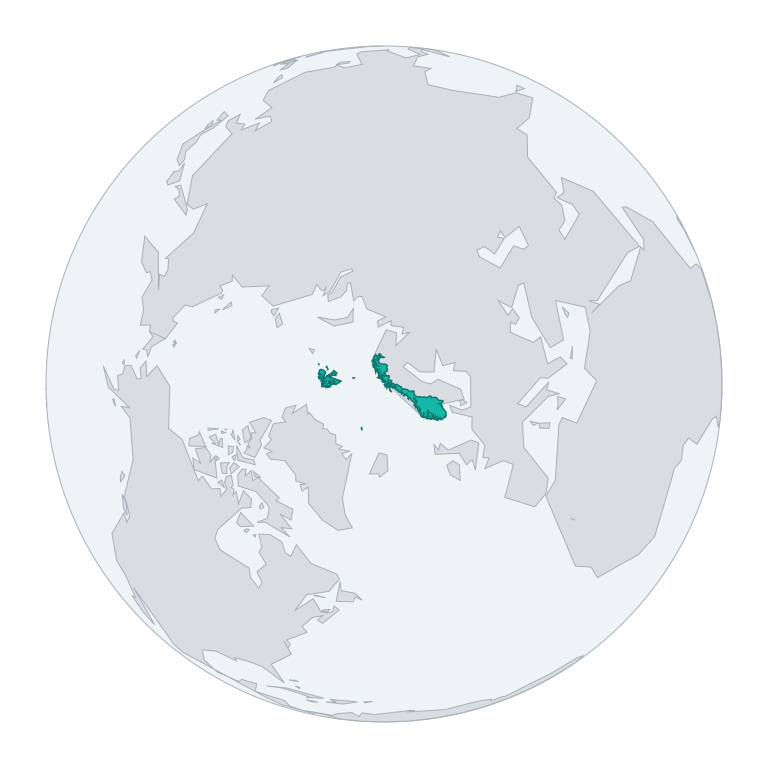 Norway highlighted on a globe, orthographic projection, rotated 273°
{"feature_id": "NOR", "entity_name": "Norway", "entity_type": "country or territory", "adm_level": 0, "iso_a3": "NOR", "parent_name": "Europe", "parent_adm1": "", "projection": "orthographic", "projection_center": [16.239, 69.249], "detail": "fine", "context": "on_globe", "style": "filled", "palette": "teal", "viewbox_px": 768, "rotation_deg": 273, "n_neighbors": 0, "source": "natural_earth", "source_scale": "50m", "svg_char_len": 17262}
<svg xmlns="http://www.w3.org/2000/svg" viewBox="0 0 768 768"><g transform="rotate(273 384 384)"><circle cx="384" cy="384" r="338" fill="#eef3f6" stroke="#a8b0b8"/><path d="M47.5,353.1L47.4,357.4L50.6,342.6L51.9,333.9L51.3,330.1L58.3,299.2L64.5,283.5L105.4,197.6L113.8,186.9L120.5,182.1L167.3,144.7L131.7,167.5L143.5,155.5L159.3,143.7L158.0,146.9L178.7,136.3L193.8,126.2L220.6,120.2L242.0,131.2L232.5,134.4L238.8,137.0L251.0,133.4L257.6,130.4L295.6,137.4L336.9,132.1L347.8,122.8L347.1,131.1L366.5,108.8L387.5,102.7L364.9,114.4L363.6,119.4L378.5,117.5L380.3,122.3L388.6,124.3L389.4,130.3L376.2,137.1L376.5,141.3L387.1,139.7L394.6,145.1L379.0,146.7L390.5,156.3L370.5,170.3L328.3,171.2L318.2,185.3L277.7,203.6L282.5,207.5L270.2,217.4L271.2,225.8L263.4,227.1L270.9,232.7L277.8,229.9L283.5,231.5L284.7,236.3L274.9,238.7L272.9,236.7L270.7,239.9L265.3,239.1L268.7,242.2L256.7,244.9L270.2,249.4L262.1,257.6L253.7,257.4L252.5,248.0L230.0,225.6L221.2,223.2L209.9,228.9L193.0,259.0L184.1,260.6L173.5,269.5L179.3,272.7L189.7,267.0L197.9,275.7L209.6,268.0L214.6,270.6L227.5,266.9L227.7,277.7L220.9,290.3L210.3,294.1L207.0,300.0L218.9,304.9L200.8,320.7L191.8,346.5L186.9,349.6L174.1,339.9L169.6,317.9L153.0,306.7L165.9,324.6L153.3,332.8L152.2,338.8L154.1,344.7L159.7,345.8L155.9,351.0L141.7,335.0L145.0,330.0L149.4,335.0L147.2,324.9L137.6,314.8L132.0,320.1L123.4,300.3L119.3,304.0L115.1,302.0L122.2,297.3L109.2,305.6L98.2,286.0L80.3,300.1L95.6,276.9L99.6,263.8L102.9,249.3L99.8,251.2L108.4,230.4L109.1,216.6L98.9,219.0L87.7,232.6L79.3,254.6L81.5,257.2L78.1,272.5L70.3,271.7L62.6,301.4L57.5,306.8L53.9,319.4L52.5,332.5L50.4,349.3L52.4,354.8L54.2,369.0L50.5,376.4L54.4,379.3L53.4,392.2L59.1,425.7L57.7,424.7L61.9,461.4L72.5,495.5L74.9,507.8L73.1,507.3L78.1,518.7L78.3,521.0L103.5,565.5L120.8,591.3L123.3,597.6L115.8,589.6L101.2,569.0L88.2,547.4L76.9,524.9L67.2,501.7L59.3,477.8L53.3,453.3L49.0,428.5L46.6,403.4L46.1,378.2L47.5,353.1ZM343.7,48.5L345.3,48.3L344.7,48.4L343.6,48.5L343.7,48.5ZM348.3,48.0L345.7,48.3L348.7,47.9L348.3,48.0ZM353.1,47.5L350.5,47.8L350.8,47.7L353.1,47.5ZM75.4,302.3L67.0,340.3L66.9,322.6L67.8,325.1L71.0,314.5L75.2,297.2L76.4,282.3L75.4,302.3ZM360.5,47.0L362.4,46.9L360.0,47.1L360.5,47.0ZM82.6,310.4L83.6,304.4L83.3,309.8L82.6,310.4ZM260.2,128.4L251.1,132.8L239.3,134.5L246.7,130.2L260.2,128.4ZM282.8,126.7L279.0,130.0L272.4,126.2L276.6,125.5L282.8,126.7ZM355.3,115.2L347.5,117.0L354.4,113.7L355.3,115.2ZM389.6,123.5L391.2,121.5L394.8,123.4L389.6,123.5ZM226.5,261.2L226.9,264.0L224.3,263.2L226.5,261.2ZM231.6,257.1L228.3,254.3L230.2,251.9L232.2,253.7L231.6,257.1ZM399.4,134.5L404.7,138.3L397.0,135.6L399.4,134.5ZM235.3,261.2L234.1,248.1L237.6,244.0L248.2,247.6L235.3,261.2ZM406.3,141.3L419.2,150.9L424.0,147.2L417.9,163.3L408.9,149.7L398.7,146.7L405.4,145.3L406.3,141.3ZM279.5,227.0L272.2,230.1L277.2,223.1L279.5,227.0ZM281.3,222.1L288.7,198.9L300.1,196.9L295.3,204.9L309.3,199.0L311.3,209.3L304.1,214.9L296.3,214.1L303.0,218.7L281.3,222.1ZM412.5,170.9L413.7,174.4L409.9,172.1L412.5,170.9ZM286.1,231.6L286.5,227.0L296.5,224.8L297.4,233.6L293.9,231.5L286.1,231.6ZM311.9,192.4L319.5,192.6L323.2,200.9L326.6,202.1L312.3,209.4L311.9,192.4ZM292.3,234.4L297.6,238.2L294.0,243.7L286.3,236.0L292.3,234.4ZM298.7,220.6L303.5,220.0L301.1,223.2L298.7,220.6ZM284.3,265.6L284.6,259.8L289.8,258.2L284.3,265.6ZM299.8,239.3L301.1,237.4L303.1,236.2L305.8,239.8L299.8,239.3ZM315.9,214.9L315.8,218.4L321.9,212.3L325.0,218.5L314.8,222.3L320.5,223.3L321.4,225.2L312.1,226.2L315.9,214.9ZM314.9,239.9L303.0,247.1L301.3,258.0L296.6,259.7L300.3,242.0L314.9,239.9ZM314.1,231.7L313.5,237.1L307.9,236.4L304.9,232.3L314.1,231.7ZM330.6,221.4L328.6,210.9L330.9,210.5L330.6,221.4ZM315.5,243.1L318.3,241.3L316.0,244.0L315.5,243.1ZM327.2,228.2L326.2,224.5L328.8,224.1L327.2,228.2ZM324.8,240.9L321.0,243.2L318.8,240.4L324.8,240.9ZM326.8,235.2L330.6,235.5L320.3,238.0L325.9,233.6L326.8,235.2ZM329.9,228.4L331.1,226.9L329.9,230.0L329.9,228.4ZM335.3,250.3L322.9,254.1L318.0,247.9L330.8,245.0L335.3,250.3ZM365.9,721.4L358.0,720.1L369.0,717.7L366.5,713.9L340.2,699.6L346.1,691.1L338.7,686.1L323.5,685.1L314.7,678.3L305.3,676.3L245.8,662.3L226.8,646.8L201.9,607.3L212.0,600.4L212.2,584.7L280.5,551.5L296.8,560.1L352.5,560.8L359.8,563.8L355.1,578.7L398.5,596.2L410.2,583.4L447.6,587.2L471.3,580.8L476.4,550.9L437.6,561.0L429.0,548.2L458.5,528.0L492.2,518.4L489.9,513.2L467.1,507.5L473.2,493.6L459.0,504.3L465.9,508.6L457.2,515.6L450.3,512.2L452.8,507.3L442.2,507.3L433.3,531.1L439.4,537.9L412.7,546.3L420.3,558.7L413.6,565.7L398.3,547.5L398.5,539.8L371.3,518.5L368.6,527.2L394.1,548.1L386.8,546.8L383.4,559.4L380.3,548.8L353.1,524.3L327.9,527.0L298.5,553.0L283.2,551.5L269.2,541.0L277.1,510.6L310.4,517.4L313.7,507.2L304.7,489.1L315.5,492.9L315.9,486.5L328.3,487.9L343.4,474.2L355.6,473.7L359.4,453.5L366.2,450.7L362.0,463.3L365.7,472.0L395.7,470.1L400.9,465.4L400.9,452.6L409.2,453.9L405.4,441.8L421.6,434.2L398.6,433.5L398.1,419.1L406.6,406.7L402.3,402.0L388.3,422.2L386.5,430.5L391.5,437.7L382.8,460.8L373.0,464.8L366.4,440.6L351.7,443.7L353.0,424.0L390.0,380.5L406.5,370.4L438.4,383.4L435.8,393.7L423.1,394.0L436.8,406.7L434.8,399.4L441.6,400.7L442.8,387.7L447.7,388.0L440.5,375.2L446.6,374.2L451.1,382.3L458.2,362.8L470.4,357.3L469.6,352.8L465.3,349.5L483.7,345.1L482.3,342.0L475.8,342.1L468.7,336.2L463.4,324.1L470.1,323.2L472.9,327.4L488.8,335.3L495.2,347.1L497.4,345.5L493.4,335.1L474.0,325.5L469.0,318.5L478.7,321.5L474.7,319.9L474.3,316.1L480.1,311.7L469.7,307.7L456.0,269.2L465.8,257.3L476.0,264.1L473.4,237.5L484.7,226.9L478.7,227.0L473.3,214.9L469.7,218.0L466.4,217.2L451.0,188.4L452.6,181.3L439.1,169.8L436.0,170.0L434.0,174.6L417.9,163.3L424.0,147.2L430.8,147.6L429.9,137.5L445.6,140.1L458.1,137.8L475.6,147.0L484.0,144.7L482.7,141.0L493.1,135.5L519.1,137.4L503.8,151.8L466.0,153.9L481.9,154.2L480.0,159.1L486.8,162.3L497.9,162.3L498.1,159.3L524.7,185.9L554.8,198.1L548.6,184.4L553.2,178.0L582.0,181.8L626.0,219.2L632.7,212.5L638.8,214.8L645.6,226.1L636.9,223.1L636.2,231.3L630.2,228.1L638.2,245.9L630.1,242.1L640.3,258.2L645.7,256.2L641.7,241.5L654.1,257.6L660.8,248.5L671.0,253.2L691.1,288.8L697.6,317.0L700.0,320.7L697.7,328.0L702.0,345.4L712.2,339.6L714.5,343.8L718.1,372.0L716.8,369.7L710.8,389.1L715.0,402.9L719.8,390.5L721.6,392.4L720.3,404.9L717.8,404.2L715.6,410.8L712.4,400.5L703.2,396.8L701.6,414.3L698.1,408.5L685.2,412.2L680.8,437.1L676.3,484.0L681.8,500.6L677.5,517.7L657.3,515.1L646.1,503.3L640.2,513.9L618.2,515.5L584.3,546.3L578.3,544.0L572.2,552.0L556.6,556.1L546.9,550.7L538.0,557.0L563.5,570.1L572.9,563.1L579.1,547.2L584.5,553.6L599.5,550.4L587.3,583.0L534.9,631.9L527.9,620.4L478.1,592.3L478.5,586.2L478.2,585.6L477.5,584.6L474.9,595.1L465.7,587.6L494.4,613.4L500.0,624.9L534.2,633.1L531.5,636.6L541.9,635.7L573.0,612.6L573.6,616.9L560.1,643.9L515.4,683.8L520.3,689.4L515.3,694.9L485.4,706.3L462.1,712.8L438.3,717.5L414.3,720.6L390.1,721.9L365.9,721.4ZM259.3,577.3L258.0,582.3L259.3,577.3ZM529.7,521.1L548.5,510.8L536.6,497.3L542.9,492.3L536.5,489.7L535.7,496.4L519.6,487.7L526.5,477.1L522.4,469.7L515.9,472.8L505.9,493.9L528.8,506.2L525.9,516.3L529.7,521.1ZM59.4,426.6L59.6,432.0L58.4,426.7L59.4,426.6ZM64.4,322.8L63.8,329.8L62.7,334.4L62.7,329.5L64.4,322.8ZM65.7,380.7L66.3,389.2L64.6,381.5L65.7,380.7ZM66.3,346.2L65.2,374.2L62.2,360.2L63.3,342.7L64.0,353.1L66.3,346.2ZM77.7,310.9L76.8,315.7L75.4,315.6L77.7,310.9ZM82.3,314.4L82.3,312.9L83.8,309.8L82.3,314.4ZM154.2,333.7L155.2,335.2L156.0,341.6L153.4,339.4L154.2,333.7ZM173.6,365.8L167.0,373.6L169.9,366.4L164.8,364.6L164.5,347.6L184.4,350.4L175.4,352.0L173.6,365.8ZM169.6,326.2L167.6,336.4L169.0,325.2L169.6,326.2ZM306.0,451.0L310.9,456.5L307.2,463.6L291.7,465.1L296.9,454.8L306.0,451.0ZM318.7,462.6L316.5,438.7L326.0,437.1L321.1,442.0L327.6,443.3L321.3,451.6L332.6,473.9L330.1,481.7L302.8,479.8L313.1,476.0L307.7,470.7L318.7,462.6ZM294.1,383.6L293.3,374.1L315.0,382.7L313.3,390.7L297.7,392.5L290.6,384.2L294.1,383.6ZM254.4,270.4L252.7,266.8L255.4,266.0L259.1,268.4L254.4,270.4ZM284.0,263.0L264.8,285.4L261.8,282.3L254.1,299.5L243.3,298.3L248.7,287.1L234.6,299.3L235.1,288.8L226.4,298.0L239.5,273.2L239.4,264.5L243.6,274.6L253.5,275.9L257.8,273.9L269.8,261.7L274.5,243.9L285.1,242.7L291.4,246.5L291.8,250.6L284.8,250.1L290.5,255.9L280.7,258.3L284.0,263.0ZM358.2,297.2L349.8,294.0L359.6,307.7L349.9,309.5L351.6,311.0L345.3,316.5L340.7,325.8L336.0,325.2L336.2,329.1L332.0,333.0L330.7,338.3L321.9,339.1L319.6,345.6L316.7,342.3L315.1,353.5L312.3,345.5L306.6,350.0L312.4,355.4L267.6,348.4L251.0,352.2L238.7,359.9L235.5,345.7L244.9,329.6L260.7,315.1L277.2,313.7L272.7,307.8L279.3,305.4L280.0,311.1L282.8,301.0L288.4,300.6L302.4,288.8L302.9,274.8L308.1,270.3L310.7,275.6L314.0,267.4L322.4,274.5L326.3,271.5L338.5,275.6L341.2,287.9L345.4,283.7L354.8,286.9L358.2,297.2ZM338.6,251.8L344.2,265.7L341.6,273.6L321.5,263.1L316.8,264.9L303.8,258.8L307.9,247.6L311.2,250.3L315.4,250.4L312.5,253.8L318.0,251.1L322.7,254.9L328.3,253.8L328.6,258.6L338.6,251.8ZM367.0,558.2L372.4,558.9L380.7,558.1L378.6,566.2L367.0,558.2ZM348.1,541.8L352.9,541.1L354.0,551.7L348.4,551.1L348.1,541.8ZM354.5,531.8L353.1,540.2L350.5,535.3L354.5,531.8ZM366.3,461.9L371.3,460.4L372.2,463.3L369.9,467.8L366.3,461.9ZM385.2,339.5L380.8,336.1L382.0,334.1L377.9,322.7L384.8,320.7L390.0,326.8L385.2,339.5ZM470.4,557.9L464.1,565.2L460.3,563.6L463.2,561.4L470.4,557.9ZM419.6,568.6L431.7,570.3L418.9,570.7L419.6,568.6ZM392.0,335.4L389.5,330.9L394.5,332.7L392.0,335.4ZM389.6,318.6L395.3,319.6L385.1,319.1L389.6,318.6ZM533.1,687.2L537.4,684.8L554.7,675.0L563.8,668.3L567.4,667.5L561.7,671.4L533.1,687.2ZM720.2,418.0L714.3,432.3L716.6,420.9L721.6,397.0L721.5,400.9L721.5,399.9L720.2,418.0ZM721.4,364.8L721.1,360.9L720.5,353.1L721.4,364.8ZM720.5,352.8L713.4,310.3L711.9,302.3L713.2,307.6L720.5,352.8ZM683.0,500.5L689.3,501.2L686.4,508.8L683.0,500.5ZM707.1,289.8L712.3,307.3L706.4,289.3L707.1,289.8ZM701.6,276.9L703.0,278.6L702.7,281.3L701.6,276.9ZM703.3,324.3L704.2,333.4L702.5,331.9L700.4,319.4L703.3,324.3ZM678.8,257.7L685.0,262.5L687.4,265.8L684.7,266.7L678.8,257.7ZM447.3,314.1L445.4,332.0L448.7,344.1L457.6,349.4L444.2,349.8L439.2,331.2L447.3,314.1ZM454.2,274.8L446.3,270.6L450.1,267.5L452.5,268.1L454.2,274.8ZM449.2,275.7L438.7,279.7L434.6,274.3L443.6,272.1L449.2,275.7ZM415.5,307.5L414.5,312.9L410.5,311.2L415.5,307.5ZM702.7,271.8L703.5,274.2L706.8,284.3L698.6,261.4L698.5,260.4L702.7,271.8ZM700.7,267.9L703.9,277.2L699.5,265.7L700.7,267.9ZM703.8,277.9L702.4,275.9L700.8,270.1L703.8,277.9ZM699.3,263.9L695.9,257.6L696.5,257.3L699.3,263.9ZM698.7,272.4L698.0,263.5L701.8,279.1L694.3,271.1L692.1,263.4L698.7,272.4ZM637.9,199.5L634.1,199.4L630.0,192.4L633.7,194.4L637.9,199.5ZM613.1,170.5L627.7,190.5L638.8,207.4L638.8,203.5L647.6,210.2L643.7,214.4L630.7,200.2L623.5,188.0L615.6,183.9L606.2,174.0L597.7,173.1L591.4,168.4L596.9,165.6L613.1,170.5ZM594.3,173.3L576.1,169.3L571.5,157.9L574.4,156.2L584.7,162.7L586.6,168.4L594.3,173.3ZM570.3,165.1L571.9,170.6L548.5,178.5L542.4,177.4L557.8,164.8L560.1,169.4L566.7,169.6L570.3,165.1ZM416.9,173.1L414.0,174.3L415.0,171.3L416.9,173.1ZM464.5,219.2L460.2,217.6L461.6,214.0L464.5,219.2ZM448.9,211.3L450.4,216.4L446.0,211.3L448.9,211.3ZM454.1,228.0L449.6,218.6L457.9,227.1L454.1,228.0Z" fill="#d9dde1" stroke="#a8b0b8" stroke-width="1"/><path d="M394.2,384.8L392.2,385.1L392.7,386.1L392.0,387.9L392.7,388.3L392.1,389.0L388.5,388.0L388.2,388.2L388.2,390.1L387.7,391.5L386.4,390.7L385.2,392.0L384.8,393.6L383.7,394.8L384.4,396.9L382.1,400.3L382.2,401.3L380.0,402.3L380.1,404.3L379.7,407.2L377.4,411.4L378.5,412.1L378.4,414.3L375.1,414.7L373.4,416.9L372.8,418.7L373.2,420.4L372.8,422.8L373.2,424.6L372.6,427.9L374.5,430.2L373.9,431.8L372.7,432.1L373.4,435.4L373.0,437.4L371.3,438.7L370.4,440.2L370.6,442.0L370.0,444.0L367.7,442.3L367.2,441.1L367.3,438.9L365.6,443.2L364.6,443.4L363.8,442.4L364.0,443.2L359.0,447.4L355.3,447.6L355.0,446.8L354.1,447.0L354.4,446.1L352.7,445.1L351.4,442.9L351.9,441.3L353.2,442.3L354.2,441.7L353.3,441.9L352.8,440.9L353.2,439.8L354.8,438.5L351.3,440.3L350.7,439.8L351.6,437.5L354.4,436.9L353.1,436.5L354.6,434.5L355.8,433.7L355.6,435.2L356.4,433.7L357.3,433.3L354.7,433.9L351.1,437.4L351.8,434.9L353.2,434.9L352.1,434.3L351.9,432.8L353.6,431.7L352.0,431.7L352.1,429.3L357.2,429.6L357.8,430.8L357.9,430.0L359.6,429.5L358.9,428.9L359.3,428.2L358.3,429.6L356.8,428.7L356.1,429.5L352.6,428.5L352.5,427.1L353.5,426.9L352.6,425.4L352.8,424.5L355.6,425.5L357.7,425.4L353.7,424.3L353.4,423.7L353.6,422.9L355.4,422.0L356.7,422.3L358.1,421.9L356.5,422.0L357.3,420.9L360.5,421.8L360.9,421.6L360.5,421.0L362.1,420.9L358.4,420.4L359.2,419.3L361.0,418.6L362.4,418.8L363.6,420.4L362.6,418.4L363.9,417.5L363.3,416.5L364.0,416.0L365.4,416.2L365.4,417.0L366.9,416.2L367.6,417.7L369.6,417.4L369.6,416.5L371.3,415.6L370.9,415.0L371.7,414.4L370.7,414.4L370.2,414.8L370.5,415.3L370.2,415.7L367.8,417.0L366.6,415.7L369.6,411.8L372.5,409.7L371.6,410.0L372.2,408.7L373.9,407.7L374.7,408.2L375.8,406.8L374.5,407.7L373.9,407.1L375.5,403.5L376.3,403.2L375.7,402.3L378.8,401.3L376.6,401.6L376.5,400.4L376.9,399.2L378.7,398.4L378.0,397.7L379.1,396.5L382.1,396.1L379.9,395.6L381.1,393.8L382.5,395.2L382.8,394.2L381.8,393.7L381.9,392.7L380.7,393.2L380.8,392.5L381.6,391.5L382.6,391.7L381.9,391.1L383.5,390.0L384.2,392.1L384.0,391.4L384.3,390.8L383.9,389.5L386.8,388.8L384.6,388.2L386.5,386.6L387.1,384.8L387.9,384.5L387.8,383.5L388.2,382.6L389.5,383.5L388.9,382.5L391.0,380.5L391.0,382.8L391.6,380.4L392.3,379.6L392.4,381.6L392.0,383.2L393.3,382.1L392.8,381.1L392.9,379.8L394.5,379.1L395.6,380.0L395.2,378.7L394.2,377.8L396.7,376.7L398.3,378.8L398.2,377.3L399.3,375.7L399.9,374.4L399.5,373.7L400.3,372.5L402.4,373.3L401.7,375.0L401.4,377.0L401.6,377.7L403.7,372.5L404.2,372.8L404.0,373.9L404.3,375.4L405.0,374.7L405.2,373.3L405.8,372.8L405.0,372.1L405.6,371.1L407.2,371.5L407.2,372.4L406.6,373.4L407.3,373.3L407.7,375.8L408.2,372.0L410.1,372.9L410.7,372.4L411.2,373.3L412.9,374.1L411.8,375.6L408.9,376.2L410.7,376.8L411.2,378.1L412.0,378.1L412.1,377.2L412.7,377.9L413.5,377.3L413.8,378.0L413.7,378.8L412.3,378.5L412.4,379.7L411.2,380.8L410.7,382.6L410.2,381.7L410.8,379.8L410.2,378.7L407.0,377.0L404.7,378.3L404.0,379.8L403.8,382.3L404.0,384.0L402.7,386.5L400.2,385.6L399.2,386.7L397.2,386.5L395.2,383.4L394.1,383.8L394.2,384.8ZM384.0,320.7L385.7,322.1L385.8,322.7L385.6,324.5L386.3,323.2L386.8,324.2L386.7,325.2L388.1,326.3L388.9,326.0L389.1,326.2L388.8,326.7L389.9,328.0L388.0,328.9L387.5,330.3L387.4,332.0L386.7,332.4L386.5,335.3L385.8,336.1L385.2,338.1L385.3,338.6L385.0,339.5L385.1,340.4L384.6,340.9L381.6,337.0L381.1,335.4L385.0,333.8L384.8,333.2L381.3,333.9L380.9,332.4L381.6,332.5L383.5,330.7L384.6,330.5L385.1,330.2L384.2,329.7L384.6,328.7L383.0,329.8L382.9,329.2L383.0,328.1L382.6,328.9L382.2,328.4L381.9,328.6L381.9,329.7L382.1,330.2L380.3,331.1L378.5,326.8L379.7,326.9L379.2,326.5L379.2,325.7L379.4,325.1L379.3,324.9L378.4,325.8L378.1,323.5L378.3,322.8L378.2,322.1L379.8,322.5L379.8,322.0L381.4,321.7L381.6,322.3L380.1,323.3L380.9,323.4L381.5,324.8L381.7,323.3L382.5,322.3L383.5,325.8L384.1,326.9L383.6,322.7L384.0,320.7ZM387.4,318.1L390.2,320.4L390.1,318.3L390.6,317.9L390.9,318.1L390.9,319.5L392.0,318.4L394.6,319.1L395.3,320.5L394.2,323.6L392.5,325.1L391.0,324.5L391.2,324.0L388.2,323.8L387.7,323.2L388.8,322.2L386.6,322.3L386.1,321.3L386.7,320.7L385.7,320.1L387.1,320.2L387.3,319.9L386.9,319.0L387.5,319.5L387.5,319.0L387.3,318.2L387.4,318.1ZM388.7,329.7L390.8,328.9L391.3,330.9L392.7,331.2L392.4,332.2L394.8,333.2L392.5,336.4L392.0,336.2L392.2,334.8L390.0,335.5L389.9,334.9L390.7,332.7L389.8,332.0L389.1,330.5L389.1,330.0L388.7,329.7ZM383.0,388.1L384.1,386.2L384.7,387.1L383.4,389.0L379.7,390.2L382.2,387.7L382.6,386.2L382.4,385.2L383.8,383.9L383.1,385.3L383.3,387.0L383.0,388.1ZM386.6,381.9L387.8,383.1L387.6,384.3L385.2,385.0L385.5,384.6L385.6,383.3L386.3,383.2L386.0,382.6L386.6,381.9ZM390.1,379.0L390.8,379.3L389.2,381.9L387.7,381.9L389.0,380.8L389.8,378.0L390.1,379.0ZM378.0,327.4L378.8,329.9L379.0,331.1L378.0,329.6L377.6,327.0L378.0,327.4ZM381.5,385.4L382.2,386.7L381.8,387.7L380.0,387.1L380.9,386.7L381.5,385.4ZM397.9,373.9L396.9,375.7L395.2,375.2L397.1,374.7L397.9,373.9ZM398.4,375.5L397.9,377.0L397.2,376.6L398.3,375.1L398.4,375.5ZM377.6,390.3L379.4,389.8L377.4,391.2L377.6,390.3ZM339.1,364.0L336.6,364.6L338.6,363.6L339.1,364.0ZM401.1,317.4L399.3,318.4L401.2,317.3L401.1,317.4ZM397.7,325.6L399.1,325.7L397.2,326.4L397.7,325.6ZM401.3,372.2L402.5,371.6L402.9,371.9L401.3,372.2ZM399.2,375.3L398.9,375.5L398.5,374.7L399.0,374.5L399.2,375.3ZM393.1,378.0L392.9,378.9L392.3,378.6L392.8,377.9L393.1,378.0ZM388.6,352.9L388.5,353.8L388.0,353.1L388.6,352.9ZM396.4,327.4L395.7,327.4L395.6,327.1L396.4,327.4ZM371.0,408.6L371.3,409.5L370.2,409.2L371.0,408.6ZM390.7,377.8L391.3,378.2L391.7,378.7L391.1,378.9L390.7,377.8ZM386.5,319.2L386.3,319.5L385.9,319.3L386.0,318.9L386.5,319.2ZM364.6,415.5L363.3,415.4L364.7,415.1L364.6,415.5ZM362.5,417.4L362.0,417.2L361.8,416.8L362.6,416.6L362.5,417.4ZM377.1,391.4L376.4,392.2L377.1,390.9L377.1,391.4ZM351.6,433.1L351.3,434.1L351.4,432.7L351.6,433.1ZM375.4,401.9L374.6,402.6L375.0,401.8L375.4,401.9ZM411.8,377.4L411.3,377.9L411.3,377.1L411.8,377.4ZM375.5,403.1L374.8,403.2L375.7,403.0L375.5,403.1ZM373.4,404.5L373.4,405.2L373.1,404.9L373.4,404.5ZM352.0,429.0L351.6,429.0L351.8,428.4L352.0,428.4L352.0,429.0Z" fill="#14b8a6" stroke="#0f766e" stroke-width="1.5"/></g></svg>